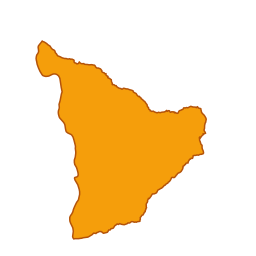 outline of Armenia, Antioquia, Colombia, rotated 350°
{"feature_id": "7082276B11935891102033", "entity_name": "Armenia", "entity_type": "district", "adm_level": 2, "iso_a3": "COL", "parent_name": "Colombia", "parent_adm1": "Antioquia", "projection": "mercator", "projection_center": [-75.796, 6.174], "detail": "fine", "context": "isolated", "style": "filled", "palette": "amber", "viewbox_px": 256, "rotation_deg": 350, "n_neighbors": 0, "source": "geoboundaries", "source_scale": "gbopen_adm2", "svg_char_len": 5800}
<svg xmlns="http://www.w3.org/2000/svg" viewBox="0 0 256 256"><g transform="rotate(350 128 128)"><path d="M172.8,180.0L174.9,177.6L175.0,176.7L175.5,176.1L175.5,175.3L175.7,175.1L176.2,175.0L176.8,174.8L177.1,174.5L177.3,174.1L178.3,173.9L178.7,173.0L179.1,172.8L180.3,172.7L180.9,172.9L181.1,172.8L181.4,171.7L183.3,169.5L184.1,169.5L184.9,168.8L185.3,168.8L185.9,169.1L186.3,169.0L186.6,168.6L187.4,166.6L188.4,166.5L189.7,166.7L190.3,166.7L191.2,166.5L192.5,167.0L194.5,166.5L196.2,166.7L196.7,166.4L197.5,166.4L198.1,165.7L198.1,163.8L197.6,161.7L197.5,160.5L197.9,158.0L197.8,157.6L197.2,157.0L197.0,156.3L196.7,153.8L196.4,152.9L196.6,149.9L196.8,149.6L197.3,149.3L197.5,149.4L197.7,150.2L197.9,150.0L199.8,148.2L201.0,147.6L201.1,146.7L201.9,147.0L203.4,146.6L203.3,145.7L202.6,144.1L202.5,143.2L203.3,141.6L203.9,138.8L204.8,136.6L205.4,136.0L206.5,133.1L206.5,132.3L206.3,131.3L205.3,128.7L204.3,127.4L203.8,126.4L203.2,125.7L203.1,123.7L203.0,122.8L203.1,121.8L202.9,121.6L202.4,121.2L201.6,121.0L201.1,120.7L200.6,120.2L200.3,119.4L200.0,119.1L199.6,119.2L199.1,119.7L198.8,119.8L197.9,119.1L195.6,118.6L193.7,117.6L193.3,117.6L190.4,118.5L189.2,118.0L187.9,118.2L186.8,117.9L186.3,117.9L186.0,118.2L185.6,118.9L185.1,119.2L184.1,119.3L183.4,119.6L182.1,119.8L181.5,120.0L181.2,120.2L179.8,122.0L179.1,122.1L178.7,122.0L177.9,121.6L177.6,121.0L176.7,121.2L176.4,121.0L176.2,120.8L176.3,120.3L176.0,120.1L174.9,119.9L174.0,119.6L172.9,119.9L172.5,119.9L171.9,118.9L171.8,118.3L171.3,118.0L170.4,118.0L169.8,118.4L169.5,118.4L169.3,118.3L169.1,117.5L168.5,117.7L167.8,118.2L166.5,118.5L164.1,118.3L162.3,118.5L160.8,117.8L159.5,118.1L159.0,118.0L156.9,116.8L155.8,115.8L154.5,115.8L154.1,115.7L153.2,114.9L152.9,114.9L152.8,114.1L152.7,113.9L151.9,113.3L151.7,112.8L151.7,111.4L151.0,110.5L150.8,110.0L150.8,108.3L150.0,106.9L149.1,104.8L147.9,103.7L147.3,102.5L146.3,101.8L146.1,101.4L146.1,100.8L145.4,100.2L144.8,99.0L144.6,98.8L144.0,98.9L143.9,98.8L143.1,98.0L142.7,97.3L142.0,95.5L140.1,94.0L139.7,93.6L139.5,93.3L139.5,92.5L139.3,92.2L138.3,91.5L136.1,90.5L134.5,89.5L132.8,89.1L131.3,88.3L130.3,88.1L129.3,88.7L128.5,88.6L128.0,88.0L125.9,87.1L125.1,86.4L124.7,85.9L123.9,85.2L123.8,84.4L123.6,84.2L122.4,83.9L122.0,83.2L121.4,82.8L120.5,82.7L120.1,82.5L120.1,82.0L120.3,81.3L119.8,79.6L119.9,77.5L119.3,77.0L118.6,76.1L116.9,75.0L116.9,74.4L117.2,74.1L117.2,73.7L116.9,73.4L115.9,72.7L115.7,72.4L115.6,71.9L115.7,70.7L114.6,70.5L114.4,70.2L114.2,69.6L112.9,68.9L112.2,68.3L112.0,67.8L112.2,67.0L111.4,65.4L111.0,64.9L109.2,63.8L107.7,63.5L106.7,62.2L106.3,60.8L105.9,60.3L105.2,60.1L103.2,59.3L100.5,59.0L99.4,58.5L96.5,57.8L96.1,57.6L95.7,56.9L93.9,56.7L93.0,56.4L92.5,55.9L92.0,55.4L91.6,54.6L91.3,54.7L90.7,55.6L89.9,56.0L89.1,56.0L88.7,55.9L88.0,55.1L87.2,54.7L86.7,54.4L86.4,53.7L86.4,53.2L86.6,52.5L86.6,51.9L86.2,51.4L85.9,51.3L85.2,50.7L84.6,50.4L83.4,50.4L82.7,49.7L81.2,49.7L80.4,49.5L78.9,48.7L78.0,48.7L75.4,47.5L73.5,46.0L71.3,44.7L71.1,44.4L70.4,42.5L69.7,41.5L69.5,41.1L69.4,39.5L68.8,38.6L68.5,38.2L67.3,37.5L66.0,35.4L65.6,34.0L63.2,31.7L62.8,30.9L60.5,28.8L59.2,28.1L58.6,27.5L57.3,28.7L55.3,30.4L53.9,31.8L53.5,33.0L53.4,35.8L53.2,37.3L52.7,38.2L52.1,39.0L50.8,40.3L50.2,41.6L49.6,43.4L49.5,45.3L49.6,46.9L49.6,49.4L50.3,53.5L51.2,57.0L52.6,60.5L53.2,61.5L54.3,62.2L55.6,62.8L56.6,63.0L59.0,63.1L63.2,61.9L64.6,61.9L66.1,62.3L67.4,63.1L68.6,64.5L69.2,66.0L69.5,67.4L69.5,68.9L69.3,76.3L69.4,80.9L68.3,83.0L65.9,89.3L64.2,92.7L63.9,95.9L63.5,97.1L62.6,98.7L62.1,100.2L61.9,102.1L62.1,104.5L62.3,105.7L62.7,106.6L65.3,110.8L66.0,112.3L66.3,113.5L66.4,114.6L66.3,118.1L66.4,120.1L66.6,121.0L67.8,122.4L70.8,124.5L71.4,125.2L72.3,127.4L72.7,130.6L73.1,136.1L73.0,137.5L72.6,138.7L72.4,142.5L72.1,144.0L71.0,147.5L69.6,150.2L69.2,152.5L69.2,154.6L70.4,157.9L70.7,159.9L71.0,163.3L70.9,165.0L70.6,166.1L70.2,166.7L69.5,167.1L68.7,167.4L67.4,167.4L66.8,167.7L66.6,168.3L66.8,170.1L68.7,175.2L69.3,180.0L69.3,182.2L69.0,184.1L68.8,185.1L66.7,190.1L66.1,190.8L64.7,192.1L63.4,193.8L61.6,196.4L60.2,198.6L59.1,201.0L57.6,203.0L56.3,204.2L55.2,205.8L54.8,207.7L54.6,209.6L54.9,211.6L56.3,216.6L56.3,218.4L56.2,220.3L54.7,225.0L54.6,225.5L54.8,226.7L55.3,227.8L56.6,227.8L60.2,228.4L61.5,228.4L63.3,228.5L65.0,228.3L69.5,228.5L70.5,228.2L74.4,226.7L75.4,225.9L76.1,225.6L77.7,226.2L78.2,226.3L78.9,225.6L79.9,225.6L81.2,225.1L81.8,225.0L83.5,225.3L84.1,225.8L85.4,227.3L85.7,227.4L88.9,227.2L89.7,227.0L90.5,226.2L91.0,225.4L91.2,225.2L91.4,225.1L92.4,225.3L92.9,225.2L93.8,224.2L95.6,224.2L96.1,224.0L96.4,223.8L98.1,221.9L99.4,221.4L100.4,220.7L100.6,220.7L100.9,220.7L101.5,221.2L101.8,221.3L102.0,221.3L102.2,221.1L102.5,221.1L102.9,220.8L103.3,220.7L104.6,221.6L106.5,222.3L107.5,222.6L109.3,222.3L110.0,222.2L110.8,222.0L111.4,221.5L112.9,221.8L113.4,221.7L115.1,220.8L116.6,221.1L117.0,221.3L117.4,221.7L117.9,221.9L118.7,221.8L119.7,222.2L120.0,222.2L120.9,221.9L123.3,222.0L123.7,221.7L123.8,220.6L124.3,220.0L124.5,218.3L125.5,217.5L126.5,216.4L126.9,216.3L127.7,216.2L128.1,215.6L128.7,215.1L129.0,214.5L129.4,213.9L130.4,213.4L130.6,212.4L131.4,211.4L131.5,210.6L132.4,209.8L132.4,209.4L132.3,209.1L132.3,208.5L132.5,207.8L132.5,207.3L132.6,206.5L132.8,206.0L133.3,205.3L134.2,204.4L134.6,203.6L134.7,202.7L135.1,202.1L135.5,201.7L135.9,200.9L136.1,200.9L136.4,201.2L136.7,201.2L138.9,199.1L139.7,198.1L140.6,197.2L142.3,197.4L143.4,197.2L144.5,196.9L145.0,196.6L146.5,194.5L147.0,194.2L148.7,193.7L149.6,193.2L150.6,193.1L152.8,191.7L153.6,190.9L153.9,190.8L154.5,190.8L156.1,189.6L157.4,189.3L157.7,189.1L158.1,188.5L158.5,188.2L159.1,188.1L159.9,187.5L160.8,186.6L162.4,184.4L162.9,184.3L164.6,184.8L165.3,184.7L166.7,183.6L167.2,182.9L168.0,182.5L168.7,181.7L169.9,181.0L171.1,180.9L172.8,180.0Z" fill="#f59e0b" stroke="#b45309" stroke-width="1.5"/></g></svg>